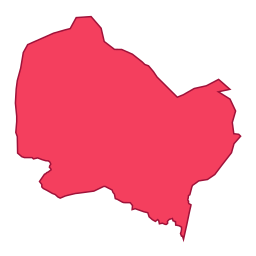 Enugu East, Enugu, Nigeria
{"feature_id": "59680162B73078519517404", "entity_name": "Enugu East", "entity_type": "district", "adm_level": 2, "iso_a3": "NGA", "parent_name": "Nigeria", "parent_adm1": "Enugu", "projection": "robinson", "projection_center": [7.537, 6.533], "detail": "fine", "context": "isolated", "style": "filled", "palette": "rose", "viewbox_px": 256, "rotation_deg": 0, "n_neighbors": 0, "source": "geoboundaries", "source_scale": "gbopen_adm2", "svg_char_len": 1759}
<svg xmlns="http://www.w3.org/2000/svg" viewBox="0 0 256 256"><path d="M180.5,233.5L181.5,236.1L182.5,236.2L183.5,239.4L186.7,225.0L189.5,211.6L190.8,206.0L191.0,204.8L188.8,203.6L188.4,202.2L188.6,201.2L187.9,200.3L187.8,199.2L188.2,198.2L188.5,195.5L189.8,194.8L191.9,186.8L192.5,185.4L197.0,182.2L198.7,180.9L207.5,179.5L209.2,178.3L211.3,176.9L214.8,174.5L221.5,165.6L231.5,152.7L234.0,143.7L240.6,136.2L238.7,134.3L233.8,133.7L232.3,122.5L235.6,111.0L233.4,106.3L230.0,99.1L218.3,91.8L229.9,89.3L218.6,79.4L206.3,85.8L194.2,88.5L183.2,94.8L177.3,97.2L157.0,77.0L153.4,71.6L148.5,65.8L144.8,64.5L142.4,62.1L132.4,54.2L121.7,49.5L114.5,49.4L104.2,41.5L101.1,28.2L91.1,16.6L76.2,17.6L70.2,28.6L65.4,29.8L53.5,33.2L27.7,44.6L23.3,52.5L20.7,68.1L17.3,80.6L16.2,89.0L15.4,103.1L16.7,116.2L16.7,121.6L15.8,132.5L17.3,136.6L17.6,153.1L21.8,156.7L24.5,157.6L32.1,157.6L33.5,158.9L37.6,157.9L42.0,159.6L45.7,160.7L48.4,160.9L49.9,162.1L50.8,164.1L49.7,165.9L49.4,167.3L50.7,168.6L51.1,169.8L48.2,172.0L46.8,172.6L45.6,173.8L44.5,174.2L39.5,181.5L41.8,184.5L41.8,186.9L43.3,188.5L46.9,190.3L52.3,193.4L55.2,194.5L57.9,197.0L60.2,198.1L62.4,197.2L65.2,196.0L67.8,195.3L75.3,193.5L79.6,193.0L93.9,191.1L103.5,186.5L105.1,186.4L112.1,190.0L113.0,192.4L114.4,194.1L115.3,198.6L117.5,199.4L122.5,202.2L123.9,202.6L130.3,202.7L132.5,205.6L132.1,209.6L135.2,208.7L144.0,211.8L147.8,212.7L149.1,216.8L152.4,219.7L155.4,221.4L157.7,219.6L158.7,220.6L159.4,223.8L162.4,223.2L165.3,224.4L166.5,224.4L167.7,223.1L167.4,221.6L168.1,220.5L169.4,219.3L171.9,218.7L172.4,218.5L172.6,219.1L173.0,220.7L173.7,220.7L174.3,221.5L175.5,221.6L175.7,225.1L176.5,225.2L179.3,225.8L181.5,227.2L181.5,229.4L181.1,231.8L180.5,233.5Z" fill="#f43f5e" stroke="#9f1239" stroke-width="1.5"/></svg>